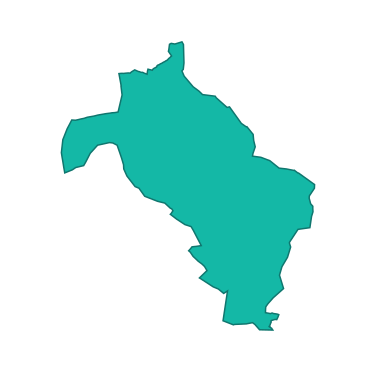 Atakunmosa West, Osun, Nigeria (Mercator projection), rotated 170°
{"feature_id": "59680162B20429116941940", "entity_name": "Atakunmosa West", "entity_type": "district", "adm_level": 2, "iso_a3": "NGA", "parent_name": "Nigeria", "parent_adm1": "Osun", "projection": "mercator", "projection_center": [4.653, 7.599], "detail": "fine", "context": "isolated", "style": "filled", "palette": "teal", "viewbox_px": 384, "rotation_deg": 170, "n_neighbors": 0, "source": "geoboundaries", "source_scale": "gbopen_adm2", "svg_char_len": 2782}
<svg xmlns="http://www.w3.org/2000/svg" viewBox="0 0 384 384"><g transform="rotate(170 192 192)"><path d="M70.0,178.0L83.8,192.2L84.5,192.4L87.5,195.7L88.0,195.6L95.0,198.3L102.1,200.4L109.9,209.3L118.1,214.2L126.2,216.8L125.3,219.3L121.9,225.5L122.3,232.0L121.8,238.1L126.6,246.8L127.3,246.8L131.5,251.0L140.3,269.3L142.8,269.2L142.9,269.3L151.8,280.6L152.5,282.3L164.7,286.1L167.5,290.0L172.6,295.4L179.6,307.4L180.9,313.0L179.3,314.3L177.5,320.5L174.8,338.7L175.8,341.6L183.2,340.7L186.7,342.0L188.5,341.4L190.1,336.3L190.8,334.6L188.5,329.5L189.5,328.9L190.4,328.2L191.8,327.5L192.6,326.8L193.6,326.1L195.0,325.7L196.3,325.1L197.6,324.8L199.2,324.1L200.9,323.7L202.3,323.1L203.9,322.8L204.6,322.3L205.1,321.3L207.2,320.6L208.7,320.1L210.0,318.8L211.0,319.3L212.3,319.8L214.0,320.6L214.8,318.9L215.8,315.8L216.9,316.5L218.1,317.1L219.8,318.4L221.5,318.7L222.8,319.6L223.9,320.0L227.2,322.2L230.3,321.0L231.3,320.5L232.3,319.8L233.6,320.2L235.1,320.4L236.4,320.5L237.7,320.6L239.1,320.7L240.2,321.0L241.9,321.2L243.4,321.3L243.3,308.2L243.5,309.2L244.0,299.7L250.9,283.6L254.3,283.6L257.0,283.9L259.3,283.9L263.0,284.1L267.4,284.1L271.4,284.1L275.3,283.8L277.5,283.8L279.3,283.8L282.2,283.8L285.4,283.3L289.0,283.2L291.9,283.0L294.3,282.9L297.9,283.8L300.8,280.0L304.0,275.9L304.3,275.4L308.6,268.4L310.1,266.0L313.8,253.4L313.9,248.6L313.9,245.2L314.0,239.0L314.0,232.9L306.0,234.6L302.2,236.3L294.1,236.8L291.5,239.9L285.5,247.8L278.0,253.6L276.8,254.5L269.4,254.8L264.8,255.0L261.6,254.1L257.6,251.1L256.2,242.4L255.4,237.1L254.7,230.8L254.7,230.6L255.2,226.6L253.3,219.0L247.1,207.2L243.5,204.9L243.0,203.7L239.3,196.0L227.5,188.8L220.7,185.8L216.0,179.6L215.0,179.1L214.0,176.8L214.9,175.9L215.4,175.4L215.9,174.8L216.5,174.3L217.2,173.8L211.8,167.9L206.7,163.1L204.6,161.1L203.8,160.7L198.9,158.1L197.4,154.1L192.2,137.6L196.9,137.7L199.7,137.9L201.5,138.0L203.5,136.2L203.8,136.0L205.5,134.7L204.2,133.1L203.6,131.8L202.1,128.4L199.1,124.4L197.8,122.6L194.9,119.6L192.6,116.5L190.9,112.0L199.6,106.1L187.6,94.9L182.9,91.9L178.4,86.6L174.2,88.4L183.8,59.8L174.3,54.0L173.0,54.2L161.5,52.7L155.1,52.8L153.0,50.6L149.4,44.6L136.4,42.0L136.6,42.6L137.0,43.1L137.1,43.8L137.9,44.6L139.2,45.8L138.7,46.0L139.0,46.5L138.7,46.7L137.4,49.0L137.1,49.5L136.9,49.6L136.6,50.4L136.6,51.3L136.0,51.7L134.9,51.8L132.4,52.1L130.7,51.6L129.2,53.7L128.2,55.5L127.8,56.0L128.5,56.6L129.6,57.1L131.7,57.8L132.8,58.1L133.8,58.8L134.4,58.9L135.9,58.6L136.6,58.9L140.6,60.4L140.2,62.4L139.9,63.8L139.3,66.1L136.6,68.8L130.3,73.8L118.6,81.0L120.3,94.9L116.4,102.8L109.3,111.1L104.4,120.7L104.9,124.3L104.8,125.5L94.1,136.8L82.1,136.4L78.5,147.2L76.3,151.5L75.9,154.8L75.5,157.0L77.2,159.8L77.7,165.6L77.1,167.8L70.8,174.4L70.0,178.0Z" fill="#14b8a6" stroke="#0f766e" stroke-width="1.5"/></g></svg>